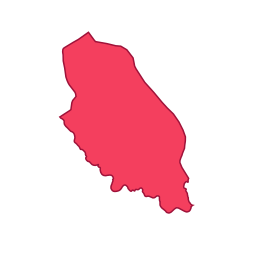 Cidade Da Matola, Maputo, Mozambique, rotated 313°
{"feature_id": "85939544B308430160587", "entity_name": "Cidade Da Matola", "entity_type": "district", "adm_level": 2, "iso_a3": "MOZ", "parent_name": "Mozambique", "parent_adm1": "Maputo", "projection": "mercator", "projection_center": [32.447, -25.844], "detail": "fine", "context": "isolated", "style": "filled", "palette": "rose", "viewbox_px": 256, "rotation_deg": 313, "n_neighbors": 0, "source": "geoboundaries", "source_scale": "gbopen_adm2", "svg_char_len": 4641}
<svg xmlns="http://www.w3.org/2000/svg" viewBox="0 0 256 256"><g transform="rotate(313 128 128)"><path d="M115.6,228.0L115.3,227.5L115.1,226.1L115.2,225.0L115.3,224.7L115.5,224.3L115.6,223.6L115.6,223.0L115.9,222.4L116.5,221.5L116.8,220.9L117.3,220.4L118.0,219.8L118.4,219.0L118.6,218.4L119.1,218.0L119.2,217.8L119.4,217.3L119.9,216.8L120.3,216.4L120.5,216.1L120.7,215.8L120.9,215.1L121.1,214.4L121.3,213.6L121.7,212.9L122.2,212.5L122.5,212.5L122.6,212.4L122.9,212.3L123.0,211.7L122.9,211.3L122.7,211.0L122.5,210.6L122.4,210.1L122.4,209.6L122.8,209.1L123.3,208.5L123.9,208.2L124.6,207.8L125.1,207.5L125.5,207.2L126.2,207.1L126.7,207.0L127.2,207.0L127.5,207.1L128.0,207.0L128.3,207.1L128.7,207.3L128.9,207.7L129.1,208.2L129.1,208.6L129.4,208.8L129.6,208.8L129.7,208.7L129.9,208.4L130.3,208.0L130.7,207.6L131.1,207.4L131.6,207.1L132.0,206.9L132.3,206.8L132.5,206.7L135.9,194.3L138.1,189.5L139.6,188.2L142.4,186.9L144.7,186.1L146.7,185.1L151.6,183.2L154.3,181.1L157.6,178.8L160.7,176.0L164.0,169.6L167.1,161.2L169.2,151.7L169.4,142.9L170.0,135.4L171.6,122.8L172.8,109.1L173.7,105.5L176.7,93.6L177.8,90.6L179.8,87.9L182.7,83.9L184.4,73.8L182.9,66.9L179.8,63.0L175.3,55.0L169.0,45.3L169.2,43.3L171.0,33.8L158.9,31.3L153.2,29.5L144.0,26.9L142.2,26.5L140.9,26.9L139.1,28.3L137.2,30.7L132.9,34.9L128.6,40.9L123.0,47.8L121.2,51.1L120.1,53.7L119.5,55.7L118.0,64.8L117.3,66.3L115.6,68.5L110.4,68.8L108.2,69.7L102.5,73.7L101.1,73.5L89.6,70.6L89.5,71.4L89.4,71.9L89.5,72.6L89.7,73.2L89.9,73.9L89.9,75.3L89.8,75.9L89.5,76.6L88.9,77.2L88.1,77.9L87.9,78.3L87.4,78.9L87.2,79.4L87.0,80.6L86.8,81.3L86.8,82.9L86.8,83.5L86.6,86.8L86.6,87.9L86.6,88.4L86.7,88.8L87.0,89.4L87.2,90.1L87.3,90.9L87.2,91.7L87.0,92.4L86.8,93.0L86.4,93.5L86.0,94.3L85.7,94.6L85.2,95.3L84.8,95.7L84.3,96.1L83.6,96.5L83.0,96.8L82.4,97.2L81.9,97.5L81.7,97.7L81.4,98.3L81.2,98.6L81.2,99.4L81.3,100.4L81.3,101.4L81.3,101.5L81.1,103.1L81.1,104.0L81.1,104.7L80.8,105.7L80.5,106.3L80.4,106.9L80.2,107.3L80.0,107.8L80.3,108.3L80.7,108.7L81.0,109.1L81.1,109.8L81.2,110.8L81.1,111.7L81.1,112.6L80.8,113.6L80.3,114.4L79.9,114.6L79.4,115.4L79.1,116.0L79.1,116.6L78.9,117.1L78.5,117.3L78.1,117.4L77.6,117.4L77.2,117.6L77.0,117.8L76.7,118.3L76.4,118.8L76.2,119.8L76.2,120.4L76.2,120.9L76.3,121.4L76.4,121.8L76.7,122.2L76.9,122.4L76.9,122.6L77.0,122.7L77.0,123.3L76.9,124.1L76.8,125.9L76.8,126.6L77.0,127.3L77.2,127.9L77.6,128.6L77.9,129.0L78.5,129.7L79.2,130.1L79.6,130.5L80.1,130.8L80.9,131.0L81.0,131.3L80.7,131.6L80.1,131.7L79.7,132.0L79.6,132.5L79.5,133.3L79.7,133.8L80.0,134.2L80.0,134.8L79.8,135.1L79.4,135.4L78.9,135.7L78.5,136.2L77.9,136.9L77.4,137.7L77.0,138.3L76.8,139.0L76.6,139.6L76.4,140.3L76.4,140.9L76.5,141.8L76.7,142.5L77.3,143.4L78.0,144.3L79.1,145.0L80.0,145.8L80.7,146.3L81.6,147.3L81.9,147.8L82.2,148.3L82.2,148.5L82.2,149.0L82.1,149.9L81.9,150.5L81.6,151.0L81.3,151.6L81.1,151.8L80.9,151.9L80.6,151.9L80.3,151.9L80.2,152.0L79.9,152.0L79.7,152.4L79.2,152.9L78.5,153.3L77.7,153.6L77.0,153.9L76.1,154.4L75.2,154.7L74.5,155.0L74.0,155.2L74.0,155.3L73.5,155.6L73.0,156.0L72.3,156.7L71.9,157.7L71.7,158.5L71.6,159.2L71.7,159.9L71.9,160.6L72.5,161.5L73.4,162.4L74.2,163.0L75.3,163.7L76.1,164.1L77.4,164.4L78.5,164.4L80.0,164.2L80.8,164.0L81.7,163.9L82.8,163.9L83.7,164.2L84.2,164.6L84.5,165.1L84.7,165.8L84.7,166.4L84.7,167.5L84.5,168.1L84.4,168.4L83.8,169.3L83.7,169.8L83.7,170.6L83.5,171.2L83.5,172.0L83.6,172.5L83.6,172.9L83.7,173.0L83.9,173.4L84.0,173.5L84.3,173.6L84.7,173.6L85.1,173.5L85.4,173.6L85.7,173.8L85.9,174.1L86.0,174.3L86.1,174.5L86.2,174.8L86.2,175.2L86.3,175.4L86.4,175.6L86.5,175.8L86.8,175.8L87.3,175.6L87.8,175.5L88.2,175.5L88.5,175.7L88.8,176.0L88.9,176.3L89.1,176.7L89.4,177.0L89.9,177.5L90.5,177.7L91.3,177.8L92.2,177.9L92.8,178.2L93.2,178.7L93.3,179.3L93.2,179.9L93.1,180.5L92.8,181.0L92.6,181.2L92.1,181.4L91.5,181.8L91.2,182.5L91.1,183.1L91.1,183.5L90.7,184.8L90.3,185.6L89.9,186.5L89.9,187.2L90.2,187.9L90.9,188.5L91.6,188.9L92.1,189.5L92.4,189.9L92.8,190.9L93.0,191.5L93.6,193.1L93.9,193.9L94.8,194.7L95.7,195.1L96.7,195.2L97.8,195.4L98.7,196.1L99.1,196.8L99.2,197.7L98.6,198.4L97.7,199.2L96.5,200.5L96.1,201.3L96.1,201.5L93.5,204.0L93.0,205.1L92.7,206.4L92.6,207.5L92.6,208.2L92.8,209.3L92.8,210.3L92.8,210.7L92.9,211.4L92.9,212.1L92.7,213.0L92.7,213.7L92.8,214.3L93.1,214.8L93.4,215.3L93.6,215.7L93.9,216.0L94.8,216.5L96.0,216.9L97.4,217.0L98.8,217.1L100.3,217.2L101.7,217.5L102.8,217.9L103.3,218.6L103.9,219.5L105.6,225.9L106.2,227.4L106.6,228.1L107.3,228.7L108.0,229.1L109.1,229.5L110.4,229.4L111.5,229.0L112.5,228.6L112.9,228.3L113.2,228.1L113.3,227.9L113.6,227.9L115.3,227.9L115.6,228.0Z" fill="#f43f5e" stroke="#9f1239" stroke-width="1.5"/></g></svg>